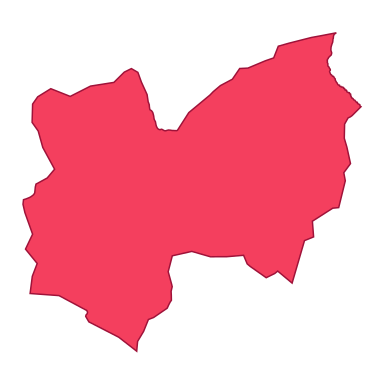 Uyanga, Övörhangay, Mongolia
{"feature_id": "93677404B10592046266618", "entity_name": "Uyanga", "entity_type": "district", "adm_level": 2, "iso_a3": "MNG", "parent_name": "Mongolia", "parent_adm1": "Övörhangay", "projection": "orthographic", "projection_center": [102.144, 46.409], "detail": "fine", "context": "isolated", "style": "filled", "palette": "rose", "viewbox_px": 384, "rotation_deg": 0, "n_neighbors": 0, "source": "geoboundaries", "source_scale": "gbopen_adm2", "svg_char_len": 3779}
<svg xmlns="http://www.w3.org/2000/svg" viewBox="0 0 384 384"><path d="M50.8,88.7L37.7,96.8L32.6,104.1L32.1,122.4L38.2,131.0L42.8,147.5L54.6,169.2L47.2,178.0L36.0,184.1L35.3,187.1L35.0,190.3L34.7,192.9L33.6,194.7L31.4,196.4L30.3,197.1L28.8,197.8L26.8,198.6L25.5,199.1L24.4,199.4L23.5,199.7L23.0,204.3L24.9,212.6L32.6,234.2L25.5,249.1L37.2,263.5L32.3,276.3L30.1,293.5L59.0,295.6L86.8,310.5L87.1,311.3L87.4,311.7L87.5,312.4L87.3,313.2L87.2,313.7L86.8,314.1L86.2,314.7L85.9,315.5L85.7,316.4L88.9,321.9L118.7,337.2L136.7,351.2L137.6,341.4L143.6,331.4L148.4,319.5L153.6,317.5L167.2,308.2L168.7,304.9L170.2,302.0L171.4,300.3L171.3,294.9L171.1,291.4L172.2,286.7L171.7,284.5L168.2,271.7L172.3,255.8L191.8,251.4L210.5,256.8L218.5,256.7L226.8,256.7L243.6,255.3L247.2,263.9L250.3,266.5L266.2,277.7L274.9,273.4L277.7,271.1L292.1,283.1L304.5,240.6L313.6,236.9L312.4,221.2L332.7,208.2L338.7,207.6L345.3,180.8L343.8,172.7L350.5,163.6L346.9,147.2L344.3,138.3L344.6,124.1L348.1,117.9L350.3,116.9L352.1,115.6L353.1,114.6L354.7,113.0L361.0,106.7L360.2,106.1L359.9,105.7L359.9,105.1L359.8,104.7L359.3,104.4L358.9,104.2L358.6,104.0L358.0,103.8L357.6,103.5L357.4,103.1L357.3,102.7L357.4,102.4L357.1,102.2L356.5,102.3L356.3,102.1L355.2,100.8L355.0,100.4L354.8,100.2L354.5,100.1L354.1,100.0L353.6,99.7L353.3,99.0L353.0,98.7L352.7,98.4L352.4,98.4L352.1,98.3L352.0,98.2L351.9,97.8L351.8,97.6L351.5,97.5L351.3,97.2L351.2,96.7L351.1,96.2L350.7,96.0L350.6,95.7L350.6,95.4L350.7,95.0L350.6,94.3L350.6,94.1L350.3,93.9L350.0,93.9L349.7,93.8L349.5,93.6L349.5,92.9L349.4,92.7L349.0,92.6L348.4,92.6L347.9,92.3L347.6,92.1L347.1,92.0L346.9,91.8L346.7,91.3L346.6,91.1L346.7,90.8L346.7,90.6L346.5,90.4L346.4,90.2L346.2,90.1L345.6,90.2L345.2,90.1L345.0,89.8L345.0,89.5L345.0,89.2L344.7,89.1L344.5,88.9L344.3,88.6L344.2,88.3L343.8,88.3L343.6,88.3L343.5,88.0L343.3,87.5L343.0,87.2L342.8,87.1L342.0,87.1L341.5,87.1L341.2,86.9L341.0,86.5L340.7,86.6L340.4,86.5L339.9,86.3L339.6,85.9L339.6,85.3L339.3,85.1L339.1,85.1L338.6,85.1L337.9,84.6L337.5,83.9L337.2,83.2L337.0,82.8L336.7,82.5L336.3,82.1L336.1,81.5L335.8,81.1L335.5,80.5L335.2,80.0L335.3,79.4L335.2,79.0L335.1,78.7L334.5,78.1L334.1,77.5L333.8,76.8L333.5,76.4L333.3,76.3L332.5,76.3L332.1,75.7L331.8,75.2L331.4,74.8L330.7,74.5L330.5,74.0L330.3,73.3L330.0,72.8L329.8,72.4L329.6,71.8L329.6,71.3L329.8,70.9L330.3,70.3L330.3,69.6L330.2,69.2L329.8,68.8L329.7,68.5L329.5,68.2L329.3,68.0L329.2,67.7L329.0,67.1L328.8,66.9L328.6,66.6L328.3,66.5L328.0,66.0L327.9,65.6L327.8,64.9L327.9,64.4L327.9,63.8L327.8,63.4L327.6,63.0L327.3,62.6L327.3,62.4L327.3,62.1L327.4,61.7L327.3,61.1L327.4,60.7L327.2,60.4L327.3,59.9L327.4,59.5L327.8,59.0L328.2,58.5L328.3,58.1L328.6,57.5L329.1,57.0L329.6,56.6L330.0,56.1L330.3,55.8L330.8,55.4L331.2,55.0L331.4,54.4L331.6,53.7L331.7,52.8L331.3,51.5L330.9,50.3L330.9,49.1L331.0,48.2L331.0,47.6L331.2,46.6L332.1,43.6L332.6,42.5L332.8,41.3L332.9,40.3L332.9,39.7L333.0,39.1L333.3,38.3L333.5,36.0L334.2,34.3L336.3,32.8L321.7,35.6L311.3,37.5L288.9,43.2L278.3,46.2L273.7,57.9L265.3,60.8L247.9,68.1L239.7,68.5L232.4,79.2L220.4,85.6L213.3,91.6L209.9,95.1L188.8,112.6L177.4,130.4L176.2,130.7L175.6,130.6L174.7,130.6L173.3,130.5L172.2,130.5L170.6,130.2L169.5,130.1L168.8,130.0L168.4,130.0L168.1,130.1L167.2,130.3L166.0,130.7L165.2,130.8L164.2,130.6L163.4,130.2L162.7,129.7L161.8,129.3L161.1,129.3L160.1,129.7L158.8,129.4L158.7,129.3L158.4,129.2L157.4,128.2L156.5,126.5L156.0,124.8L155.6,122.7L155.5,121.9L154.3,119.6L154.0,118.4L153.9,117.7L153.8,116.7L153.5,115.1L152.8,112.6L152.4,111.9L151.5,110.7L150.7,110.2L149.9,109.7L149.7,108.7L149.4,106.7L149.3,105.6L149.3,104.9L148.6,102.8L148.2,102.0L148.0,100.6L147.1,94.6L141.4,82.1L137.9,72.4L131.4,68.6L124.3,72.1L113.9,82.4L90.5,86.1L70.2,96.4L50.8,88.7Z" fill="#f43f5e" stroke="#9f1239" stroke-width="1.5"/></svg>